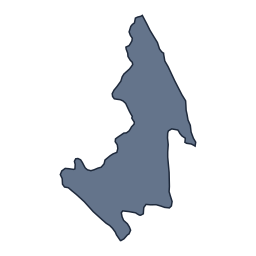 outline of Luleå, Norrbotten, Sweden
{"feature_id": "70781695B74672839302489", "entity_name": "Luleå", "entity_type": "district", "adm_level": 2, "iso_a3": "SWE", "parent_name": "Sweden", "parent_adm1": "Norrbotten", "projection": "mercator", "projection_center": [22.018, 65.85], "detail": "fine", "context": "isolated", "style": "filled", "palette": "slate", "viewbox_px": 256, "rotation_deg": 0, "n_neighbors": 0, "source": "geoboundaries", "source_scale": "gbopen_adm2", "svg_char_len": 2051}
<svg xmlns="http://www.w3.org/2000/svg" viewBox="0 0 256 256"><path d="M163.6,53.2L161.7,51.9L159.5,49.0L157.4,42.5L153.7,36.5L149.9,30.2L147.0,24.3L142.3,15.4L140.8,16.3L137.5,17.1L135.4,18.1L134.9,20.6L134.4,23.0L132.4,24.4L130.8,26.4L129.1,31.9L130.4,35.4L132.3,38.2L131.9,40.9L130.4,43.6L129.1,45.6L125.9,47.1L126.2,49.2L127.7,53.1L128.0,56.5L130.3,60.3L132.3,62.3L132.7,64.6L131.1,66.9L129.5,69.0L124.0,73.9L122.2,76.8L120.9,81.1L117.1,86.4L114.1,90.0L112.2,93.7L112.6,96.5L114.3,98.8L117.3,99.3L120.3,99.7L123.1,101.0L125.7,103.4L127.8,107.9L129.4,111.3L130.9,114.1L132.3,116.4L131.8,118.1L133.0,120.2L134.3,122.0L134.1,124.1L131.5,126.9L130.3,129.1L129.0,131.0L126.4,132.9L123.8,133.1L117.6,137.3L115.5,138.9L115.2,141.7L117.3,144.8L117.8,148.6L116.8,152.4L113.0,153.9L110.2,155.7L105.0,160.0L104.1,163.8L101.2,167.2L98.0,168.1L94.0,169.8L90.9,170.7L87.4,169.8L85.2,167.9L83.9,165.5L82.3,162.4L80.6,159.8L77.9,158.5L75.7,158.8L74.4,161.3L75.2,164.5L74.9,168.9L73.7,169.4L70.7,169.0L68.8,168.7L65.2,168.4L61.8,170.9L60.3,174.6L62.2,178.6L62.5,184.2L64.5,187.0L68.3,187.7L71.9,190.8L76.2,194.3L84.3,201.7L93.2,211.6L101.8,219.4L106.1,223.2L109.7,225.5L112.5,228.3L115.3,232.1L116.5,234.9L120.4,240.6L120.9,240.6L124.0,238.8L127.4,234.9L129.0,233.9L130.6,230.2L129.3,226.9L127.4,223.8L123.6,220.4L122.1,216.9L121.3,212.8L122.7,210.9L129.0,211.6L135.6,212.8L137.1,213.8L139.4,215.1L140.7,215.2L143.3,213.8L143.5,210.8L143.8,207.5L146.0,204.4L150.5,204.8L156.2,204.7L161.0,206.1L164.7,207.4L169.4,207.9L171.4,205.9L172.1,201.5L170.2,195.5L169.1,191.7L169.4,186.5L169.1,172.4L168.4,164.7L167.7,157.2L167.7,152.0L168.2,144.7L167.9,141.7L167.5,137.9L167.7,132.9L168.4,130.9L171.7,128.9L177.8,130.0L178.9,131.6L179.9,133.5L181.9,135.9L185.3,138.2L185.1,140.6L184.9,142.3L186.6,143.3L191.3,144.0L193.8,145.3L195.1,146.1L195.7,142.2L193.4,138.3L191.1,132.1L190.3,125.3L188.0,120.0L187.1,114.8L186.1,110.2L185.9,105.5L185.6,100.8L181.9,94.8L174.7,80.8L168.1,66.7L164.8,61.0L163.5,53.4L163.6,53.2Z" fill="#64748b" stroke="#1e293b" stroke-width="1.5"/></svg>